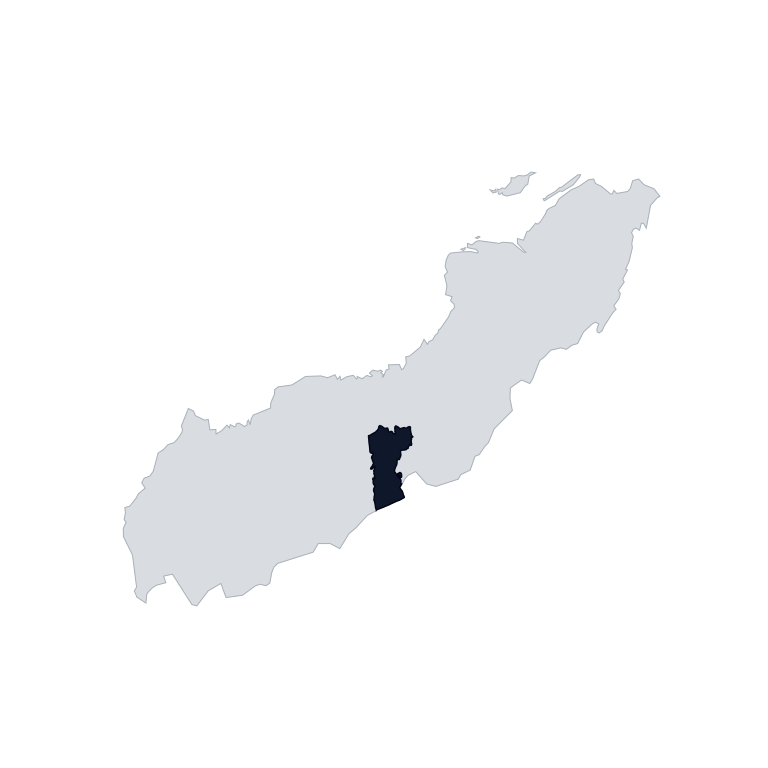 Strömsund, Jämtland, Sweden shown in context, rotated 218°
{"feature_id": "70781695B21663414086588", "entity_name": "Strömsund", "entity_type": "district", "adm_level": 2, "iso_a3": "SWE", "parent_name": "Sweden", "parent_adm1": "Jämtland", "projection": "mercator", "projection_center": [15.173, 64.234], "detail": "fine", "context": "in_parent", "style": "filled", "palette": "ink", "viewbox_px": 768, "rotation_deg": 218, "n_neighbors": 0, "source": "geoboundaries", "source_scale": "gbopen_adm2", "svg_char_len": 7702}
<svg xmlns="http://www.w3.org/2000/svg" viewBox="0 0 768 768"><g transform="rotate(218 384 384)"><path d="M250.1,558.4L251.8,563.6L255.5,562.9L257.0,559.1L258.8,547.8L256.3,535.1L259.6,530.6L261.7,523.5L266.8,521.4L273.5,513.2L274.2,504.6L275.7,498.3L269.9,479.0L269.4,474.2L278.2,471.7L282.0,458.7L275.9,450.2L266.5,442.1L269.6,416.4L265.6,402.2L266.1,396.2L265.5,386.9L267.8,383.1L263.1,369.3L267.7,359.8L266.9,354.8L280.1,335.2L288.9,331.5L305.1,334.5L308.9,326.7L309.1,322.5L307.6,312.4L298.4,306.5L308.4,288.3L316.2,270.2L317.7,252.4L319.5,244.8L317.5,227.1L328.2,225.1L337.6,217.8L336.3,207.9L357.3,177.3L358.0,171.8L356.4,166.4L351.4,156.8L352.8,152.4L358.5,149.8L361.2,145.5L365.4,130.4L377.0,118.5L389.7,126.4L395.2,112.9L394.9,93.9L399.6,91.9L433.6,103.9L439.4,96.9L433.6,93.1L439.4,85.4L441.1,80.6L441.7,75.0L441.4,72.0L436.7,64.8L447.5,63.9L453.4,67.3L453.9,71.6L476.9,94.4L495.3,103.3L500.5,109.6L502.3,116.6L505.2,117.0L508.5,123.4L512.1,127.0L509.1,131.5L509.1,141.6L510.0,146.3L508.1,154.9L514.1,157.0L515.0,162.2L511.8,167.4L512.1,173.2L519.5,190.6L517.5,196.3L516.9,203.3L513.4,208.4L512.8,213.8L513.4,220.6L514.5,223.9L517.8,226.1L523.1,244.2L517.4,245.4L513.2,242.9L503.1,245.1L500.6,247.8L493.0,240.7L488.5,244.7L485.6,241.2L483.2,247.0L482.4,254.9L478.8,254.3L480.2,257.3L475.3,258.3L474.9,259.6L475.9,261.5L474.4,263.9L467.7,264.7L466.8,267.3L468.7,270.3L468.6,272.2L464.4,269.4L467.3,275.0L467.9,279.1L458.6,295.2L461.6,299.4L464.0,308.4L466.7,312.4L465.6,316.6L456.0,326.5L450.5,341.6L438.6,351.6L432.4,354.1L428.3,361.1L423.6,359.0L423.4,363.0L420.4,360.5L417.9,366.7L413.6,371.9L408.9,371.0L408.4,371.9L409.8,373.4L404.4,374.7L402.8,380.2L398.8,381.6L398.1,383.3L402.2,383.7L401.4,388.0L396.8,390.2L395.1,393.0L393.0,393.0L393.5,390.9L390.4,391.0L389.5,388.5L388.9,389.1L390.9,396.2L389.4,399.1L392.3,401.8L383.9,408.8L378.8,406.1L378.2,408.2L379.2,414.1L383.6,418.8L381.0,421.9L378.1,435.5L380.0,443.8L374.3,442.0L374.7,445.0L372.9,448.7L373.6,453.9L373.0,457.4L374.3,460.5L373.6,462.0L374.4,476.4L376.0,482.6L375.4,487.4L377.8,490.0L382.8,490.6L384.2,494.7L390.5,492.3L394.9,500.2L403.4,506.8L402.9,511.2L408.3,514.3L411.4,520.2L412.6,525.1L412.2,528.1L403.8,536.2L397.4,541.6L390.7,544.9L391.0,546.1L394.3,546.7L402.3,542.8L404.7,546.2L400.3,547.8L399.4,552.4L397.6,555.3L379.8,565.7L377.5,569.0L369.6,574.2L355.4,573.8L353.3,574.9L365.5,577.0L368.4,580.8L362.6,583.2L365.2,592.1L363.7,594.3L363.5,604.1L361.5,604.3L360.6,608.4L361.6,618.1L362.6,620.8L362.2,623.6L358.9,630.2L360.0,637.9L356.1,652.0L351.9,660.1L348.6,670.8L345.0,674.6L340.7,672.2L334.3,673.6L322.6,673.2L321.2,674.2L322.1,678.1L317.9,677.5L310.5,685.7L310.3,689.7L313.2,697.3L309.6,702.3L301.8,701.1L291.4,704.1L282.1,701.7L283.3,699.1L284.0,689.0L273.2,668.2L278.2,670.3L280.3,669.2L277.2,662.4L281.5,662.0L282.8,659.5L282.0,655.5L278.5,653.8L275.4,647.5L272.2,644.3L266.4,631.7L264.3,623.0L262.3,623.8L260.5,613.7L257.5,612.2L256.8,601.9L253.5,600.8L251.4,596.0L251.0,587.0L247.1,585.8L247.6,581.5L246.2,565.4L244.9,560.3L245.9,556.6L248.1,556.3L250.1,558.4ZM414.5,607.4L412.7,608.4L411.7,611.2L408.9,612.6L408.4,621.5L410.9,624.9L408.2,626.4L406.4,631.0L401.7,634.2L399.7,637.2L398.7,641.5L394.6,643.7L397.6,637.3L393.7,629.9L394.7,627.2L394.4,618.6L403.0,607.6L406.9,606.3L408.7,607.5L409.4,604.8L410.7,604.2L414.5,607.4ZM360.0,668.2L357.9,670.0L357.3,667.4L357.5,657.4L362.2,645.4L364.2,644.5L370.0,628.1L370.6,627.0L372.6,628.0L371.1,629.6L371.2,632.4L367.6,641.2L366.6,646.9L365.3,648.2L360.0,668.2ZM416.2,603.9L415.8,606.4L413.7,604.4L415.7,601.6L419.9,602.3L416.2,603.9ZM406.4,537.5L403.7,541.6L403.1,539.9L403.7,537.9L406.4,537.5ZM400.4,558.7L398.9,558.9L400.0,556.2L401.8,555.5L400.4,558.7Z" fill="#d9dde1" stroke="#a8b0b8" stroke-width="1"/><path d="M320.9,287.0L320.5,286.3L319.4,285.8L318.8,285.3L317.9,284.6L315.9,282.8L314.4,281.3L313.6,280.7L313.2,280.5L312.7,280.2L312.4,279.9L312.4,280.0L312.1,281.0L311.5,281.9L309.1,285.8L307.5,288.7L306.6,290.3L305.7,291.8L304.8,293.8L303.4,296.5L301.8,299.6L300.4,301.8L299.4,303.9L299.0,305.1L298.7,306.0L298.5,306.3L298.3,306.7L298.2,307.1L298.5,307.5L299.0,307.8L299.9,308.3L300.9,308.8L301.6,309.4L302.3,310.0L303.0,310.3L303.6,310.7L304.2,311.0L304.8,311.1L305.3,311.1L305.8,311.3L306.3,311.5L306.9,311.7L307.4,311.7L307.7,311.9L308.0,312.3L308.1,313.4L308.4,315.1L308.6,316.1L309.0,315.9L309.5,316.0L309.9,316.4L310.1,316.9L310.5,317.5L311.0,318.1L311.6,318.6L312.4,319.1L313.9,319.3L314.8,319.3L315.6,319.6L316.4,319.9L317.3,320.0L318.3,320.3L319.5,320.7L320.4,321.1L321.6,321.3L322.2,321.7L322.8,323.1L323.2,323.9L323.6,325.1L323.9,326.2L324.1,327.2L324.3,328.1L324.7,328.9L325.3,330.1L325.9,330.6L326.3,331.3L326.6,331.9L326.8,332.7L326.0,333.5L325.5,334.0L325.9,335.1L326.1,335.8L326.2,336.8L326.5,337.3L326.8,337.6L326.9,338.3L327.3,338.8L327.6,339.0L328.1,339.4L328.4,339.9L328.8,340.2L329.2,340.6L329.7,341.3L329.7,341.5L329.6,342.3L329.3,342.8L328.7,343.4L328.2,343.7L327.5,344.5L326.8,345.2L326.3,345.7L326.1,346.4L326.1,347.4L325.6,347.9L325.5,348.4L325.9,349.0L326.1,349.5L326.2,350.7L326.2,351.8L325.7,352.1L325.0,352.2L324.8,352.6L324.9,353.0L325.1,353.4L325.7,354.2L326.2,354.5L326.3,354.6L326.6,354.8L327.1,355.4L327.6,355.9L327.9,356.4L328.1,356.9L328.4,357.5L328.8,357.8L329.3,358.4L329.2,358.9L328.9,359.2L328.7,359.9L328.9,360.2L329.7,360.3L330.5,360.4L331.0,360.7L331.7,361.2L332.1,361.7L332.6,361.9L333.4,362.7L334.1,363.2L334.6,363.9L335.2,364.3L335.6,364.8L335.9,365.3L336.3,366.0L336.8,366.3L337.5,366.2L337.8,366.0L338.1,365.6L338.3,365.1L338.7,364.5L339.0,363.7L339.4,362.7L339.7,362.5L340.7,362.2L341.1,362.2L341.6,361.6L342.0,361.3L342.2,360.4L342.9,359.9L343.1,359.5L343.6,359.0L344.1,358.5L344.3,358.4L344.8,358.6L345.2,358.7L345.9,358.8L347.4,358.6L348.3,358.2L348.8,358.3L348.9,357.8L349.0,357.1L348.6,356.2L347.8,355.3L347.2,354.7L346.6,354.0L346.2,353.3L345.4,352.7L344.9,352.4L344.4,351.7L344.7,351.3L345.4,350.9L345.8,350.7L346.5,350.5L347.2,350.9L347.3,351.2L347.7,351.3L348.4,351.3L349.1,351.1L349.5,350.7L349.9,349.7L350.4,349.3L351.1,349.4L351.5,349.7L351.8,349.9L352.4,350.4L352.9,350.7L353.4,351.1L353.9,351.4L354.5,351.1L355.0,350.6L355.3,350.1L355.6,349.9L356.1,349.5L356.6,349.3L357.8,349.3L359.3,349.3L360.2,349.2L360.8,348.9L361.3,348.7L361.7,348.6L361.8,347.9L361.7,346.8L361.3,346.4L360.8,345.5L360.8,344.1L360.6,343.4L361.0,342.2L361.0,340.9L361.5,339.9L361.9,338.9L362.2,338.1L362.5,337.6L362.9,336.3L363.4,335.0L364.3,333.8L363.7,332.9L362.4,331.6L359.4,328.3L357.0,326.0L354.9,323.7L353.6,322.3L353.0,321.8L351.7,321.6L351.0,322.0L350.1,322.5L349.5,322.4L349.2,321.9L349.1,320.5L348.8,318.8L348.2,318.1L347.5,317.7L346.5,317.1L345.6,316.4L344.9,316.0L344.0,315.6L343.4,315.2L343.2,314.0L342.9,312.6L342.7,311.7L342.7,309.9L342.5,309.2L342.1,308.9L341.3,309.4L341.0,310.4L341.2,312.5L340.8,313.2L340.3,313.2L339.8,312.9L339.5,311.6L339.0,310.8L338.8,309.6L338.3,309.0L337.6,308.3L337.1,308.1L336.8,307.6L336.7,306.9L335.8,306.8L335.3,306.4L334.9,305.9L334.6,305.1L334.3,304.9L333.4,304.6L333.1,303.8L333.8,303.5L334.6,303.2L334.4,302.2L333.9,301.9L333.2,301.5L332.6,300.6L331.9,299.7L331.1,299.0L330.2,298.4L329.5,298.4L328.4,298.3L328.1,297.8L328.0,296.8L327.7,295.8L327.4,294.8L327.1,294.3L326.2,293.3L325.1,292.6L324.2,292.2L323.7,291.6L322.8,290.2L322.4,289.3L321.8,288.3L321.0,287.3L320.9,287.0ZM316.3,321.4L315.7,321.2L315.4,321.1L315.0,320.7L314.7,320.6L313.7,320.6L313.2,320.7L312.9,321.2L313.0,321.6L313.2,322.0L313.4,322.1L313.8,322.5L313.9,322.9L314.3,323.2L314.7,323.7L315.3,324.1L316.3,324.3L317.0,324.0L317.3,323.5L317.4,323.2L317.5,322.6L317.8,322.2L318.0,321.7L317.7,321.5L317.3,321.3L316.7,321.3L316.3,321.4Z" fill="#0f172a" stroke="#020617" stroke-width="1.5"/></g></svg>